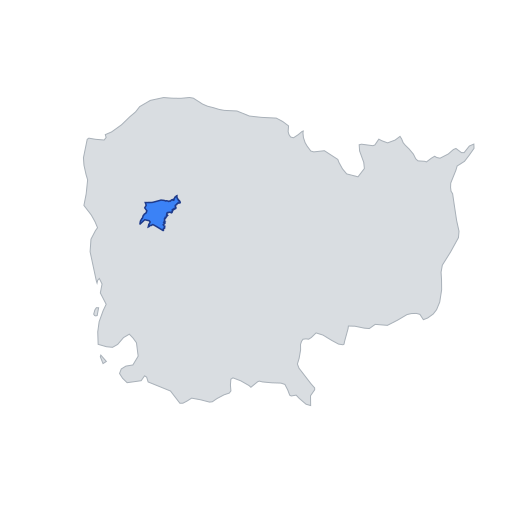 location of Moung Ruessei, Batdâmbâng, Cambodia, rotated 14°
{"feature_id": "14789045B86476324450115", "entity_name": "Moung Ruessei", "entity_type": "district", "adm_level": 2, "iso_a3": "KHM", "parent_name": "Cambodia", "parent_adm1": "Batdâmbâng", "projection": "albers", "projection_center": [103.606, 12.852], "detail": "fine", "context": "in_parent", "style": "filled", "palette": "blue", "viewbox_px": 512, "rotation_deg": 14, "n_neighbors": 0, "source": "geoboundaries", "source_scale": "gbopen_adm2", "svg_char_len": 6989}
<svg xmlns="http://www.w3.org/2000/svg" viewBox="0 0 512 512"><g transform="rotate(14 256 256)"><path d="M440.3,94.7L441.5,98.8L438.5,106.6L435.4,113.7L429.4,120.0L429.2,124.5L427.3,138.1L428.2,142.4L429.6,146.0L431.7,148.0L437.1,161.1L442.1,173.1L447.0,182.9L448.0,189.2L443.8,205.1L439.0,219.8L439.5,227.0L441.8,234.3L444.3,243.9L445.4,256.3L444.2,264.4L442.0,269.4L437.6,274.6L433.8,277.3L429.2,273.0L425.5,272.9L420.6,274.3L416.7,276.3L408.9,284.0L400.3,291.5L388.2,293.5L383.5,299.0L378.5,299.8L368.9,300.2L362.6,301.6L362.9,304.3L362.6,317.2L362.7,320.3L361.8,321.1L357.4,321.5L350.0,319.6L340.0,316.5L332.9,316.1L329.4,321.7L327.2,324.0L324.5,324.3L321.7,325.4L320.8,327.9L320.6,331.0L322.0,336.4L322.6,345.0L322.3,350.8L324.9,354.5L340.3,366.7L344.8,369.8L345.3,371.6L342.7,378.4L345.2,387.9L340.4,387.7L332.4,383.7L328.6,381.3L324.0,383.3L322.4,382.9L319.2,378.3L315.1,373.6L310.9,373.3L302.0,375.2L292.9,376.6L289.5,376.6L288.1,377.5L282.8,384.6L280.6,383.4L271.4,380.8L263.1,379.8L261.4,381.6L262.4,387.4L264.3,393.0L263.2,395.5L258.6,398.4L252.6,403.8L248.9,408.0L246.3,409.0L237.1,408.9L227.9,409.5L224.2,413.4L220.7,416.5L217.8,417.3L205.7,407.7L181.8,404.3L179.2,400.0L176.9,399.2L174.7,404.8L161.6,410.1L156.1,406.9L152.0,403.0L152.6,398.2L156.4,394.3L162.9,391.5L165.9,381.7L161.0,369.1L156.6,365.4L152.0,362.5L147.2,367.2L143.2,375.2L138.9,379.3L132.9,380.2L124.2,379.9L120.8,367.9L119.7,357.7L120.9,346.0L122.3,339.1L113.9,329.5L113.4,320.4L109.4,315.7L108.2,318.0L108.3,320.7L107.1,318.8L94.0,292.0L91.8,279.6L94.1,270.1L95.4,266.9L91.6,261.8L86.3,256.1L76.8,248.6L76.2,236.8L74.2,222.8L71.4,218.1L67.1,209.5L64.8,202.4L64.0,183.6L65.3,182.1L72.0,181.6L80.6,180.2L81.9,177.2L80.4,174.7L85.9,170.5L93.8,161.2L99.9,151.4L104.3,145.3L107.0,139.2L115.8,130.6L128.0,124.6L136.3,123.2L144.9,121.2L153.1,118.3L157.0,118.0L167.3,121.5L172.8,122.4L178.6,122.4L184.6,122.7L189.9,122.4L202.4,119.9L215.7,121.8L227.6,120.2L242.3,117.3L249.5,119.1L256.1,121.9L257.1,127.6L258.6,130.2L260.8,132.2L263.8,132.2L267.5,128.2L270.6,124.0L271.6,123.3L271.8,125.3L273.4,129.7L276.2,134.1L279.0,137.0L283.8,140.9L286.9,141.0L296.9,137.3L312.0,142.5L313.8,145.1L318.8,150.5L324.1,154.4L335.8,154.5L340.0,144.9L337.9,139.1L331.1,129.0L329.2,123.1L331.3,122.0L342.7,120.7L344.5,119.5L346.9,112.9L350.0,113.7L356.3,114.4L362.9,109.9L366.8,105.1L369.0,107.2L371.4,110.5L374.0,112.4L378.8,115.2L384.1,119.1L387.4,123.0L390.1,124.5L396.8,123.3L398.6,123.5L402.5,118.7L405.2,116.0L407.5,116.7L410.9,116.6L417.9,110.5L421.8,104.9L424.0,103.3L430.3,106.0L432.9,105.4L436.4,97.7L440.3,94.7ZM116.3,352.2L115.0,352.9L113.8,352.8L112.6,351.7L112.7,347.4L113.6,344.8L115.8,344.3L116.3,352.2ZM136.3,394.5L133.6,397.4L129.3,391.4L129.4,389.7L136.3,394.5Z" fill="#d9dde1" stroke="#a8b0b8" stroke-width="1"/><path d="M167.3,223.5L167.8,223.2L168.2,223.4L168.3,223.3L168.5,223.2L169.0,223.0L169.3,223.0L169.4,222.7L169.5,222.4L169.5,222.1L169.1,221.8L168.9,221.7L168.8,221.4L168.3,221.2L168.0,221.1L167.8,221.1L167.6,221.2L167.4,221.1L167.4,220.9L167.2,220.5L166.8,220.4L167.2,220.3L167.0,220.2L166.6,219.7L166.4,219.7L166.6,220.0L166.2,219.7L165.7,218.9L165.5,218.7L165.4,218.7L165.1,218.0L164.9,217.7L164.7,216.6L164.4,216.8L164.1,217.1L164.0,217.5L163.7,217.9L163.7,218.1L163.6,218.3L163.2,218.4L163.2,218.5L162.8,219.9L162.9,220.5L162.8,220.9L162.7,221.0L162.8,221.3L162.8,221.6L162.7,221.8L162.3,221.7L162.1,221.7L161.9,221.9L161.5,221.8L161.5,221.6L161.4,221.7L161.2,221.6L161.0,221.8L160.8,222.0L160.5,222.2L160.4,222.1L160.2,222.3L160.1,222.6L160.0,222.8L159.9,223.0L159.5,223.6L159.4,223.6L159.2,223.5L158.7,223.6L158.2,224.2L157.8,224.1L157.7,224.0L157.4,224.0L156.9,224.0L156.4,224.0L156.2,224.0L155.9,224.0L155.4,224.3L155.0,224.5L154.7,224.4L153.9,224.3L153.3,224.3L151.9,224.5L150.3,224.7L149.5,225.2L143.2,228.7L142.1,229.2L139.6,229.9L135.6,230.9L137.2,233.3L136.4,236.2L139.2,238.6L139.1,238.8L139.1,239.0L139.0,239.4L139.0,239.5L139.1,239.8L139.0,240.0L138.9,240.3L139.0,240.5L138.8,240.8L138.7,241.1L138.6,241.4L138.5,241.5L138.1,241.7L137.7,242.2L137.5,242.5L137.3,242.7L137.3,243.0L137.3,243.3L137.2,243.4L137.0,243.7L136.8,243.9L136.7,245.3L136.7,246.5L136.6,247.0L136.2,247.2L136.1,247.3L136.1,247.5L136.1,247.8L136.0,248.3L135.9,248.5L136.0,248.6L135.9,248.7L135.9,248.8L135.7,249.1L135.5,249.3L135.5,249.5L135.5,249.8L135.4,250.2L135.4,250.5L135.5,250.9L135.5,251.1L135.7,251.4L135.5,251.8L135.6,252.1L135.6,252.4L135.7,252.6L135.6,253.0L135.5,253.5L139.3,247.7L141.9,247.7L143.7,247.6L143.8,247.6L144.5,248.1L144.9,248.4L145.1,248.7L144.6,250.6L144.3,251.3L144.4,252.9L144.4,253.9L145.0,253.4L145.4,253.0L145.4,252.8L145.5,252.6L145.6,252.2L146.0,251.9L146.4,251.9L146.9,251.8L147.2,251.5L147.5,251.3L147.6,250.9L148.3,250.4L151.7,251.3L159.7,253.8L159.8,253.7L160.0,253.5L160.0,253.4L159.9,253.3L159.9,253.2L159.6,253.0L159.5,252.9L159.5,252.7L159.6,252.4L159.7,252.2L159.6,251.8L159.9,251.7L159.9,251.4L160.0,251.4L160.3,251.3L160.4,251.2L160.5,251.1L160.6,250.9L160.3,250.6L160.4,250.4L160.3,249.9L160.3,249.7L160.2,249.6L160.3,249.5L160.3,249.4L160.3,249.2L160.2,249.2L159.9,249.1L160.0,249.2L160.0,249.3L159.9,249.3L159.8,249.2L159.7,249.2L158.4,248.2L159.6,246.6L159.7,246.4L159.5,246.2L159.5,245.8L159.4,245.9L159.5,245.9L159.3,245.9L159.2,245.9L159.2,245.7L159.3,245.7L159.2,245.3L158.9,245.3L159.0,245.2L158.8,245.2L158.7,245.0L158.7,244.9L158.9,244.8L158.6,244.7L158.7,244.4L158.8,244.4L158.8,244.1L158.7,244.0L158.8,243.8L158.7,243.7L158.6,243.8L158.6,243.7L158.6,243.2L158.4,242.9L158.5,242.7L158.6,242.4L158.6,242.1L158.4,241.9L158.5,241.8L158.6,241.7L158.4,241.6L158.6,241.4L158.6,241.2L158.8,241.1L158.7,241.0L158.6,240.7L158.8,240.7L158.9,240.4L159.0,240.3L159.1,240.2L159.2,240.3L159.3,240.3L159.5,240.0L159.5,239.9L159.4,239.9L159.5,239.6L159.7,239.4L159.5,239.1L159.7,238.9L159.6,238.7L159.9,238.7L160.1,238.4L160.2,238.2L160.4,238.0L160.2,237.9L160.1,237.6L159.6,237.4L159.3,237.4L159.3,237.2L159.3,236.9L159.2,236.8L159.2,236.7L159.2,236.4L159.3,236.4L159.4,236.2L159.4,235.9L159.4,235.7L159.5,235.7L159.7,235.3L159.9,235.3L159.9,235.2L160.1,235.1L160.2,234.9L160.4,234.9L160.5,234.9L160.8,234.9L161.1,234.6L161.3,234.5L161.5,234.5L161.6,234.4L162.0,234.3L162.5,234.3L162.8,234.3L162.9,234.5L163.0,234.5L163.1,234.3L163.3,234.2L163.6,234.4L163.7,234.2L163.8,234.0L163.8,233.9L164.0,233.9L164.0,233.7L164.0,233.4L164.1,233.1L163.9,232.9L164.0,232.8L164.0,232.7L164.2,232.2L163.9,231.9L164.1,231.8L164.1,231.7L164.4,231.4L164.5,231.3L164.4,231.3L164.2,231.2L164.4,231.1L164.3,230.9L164.5,230.7L164.3,230.6L164.5,230.4L164.7,230.2L164.8,230.1L165.0,230.0L165.1,229.7L165.7,229.5L165.8,229.6L166.0,229.4L166.5,229.5L166.6,229.2L166.7,228.9L166.7,228.7L166.5,228.3L166.5,228.1L166.4,228.0L166.3,227.9L166.1,227.9L165.9,227.9L165.7,227.4L165.7,227.2L165.5,226.9L165.7,226.7L165.6,226.1L166.1,225.7L166.3,225.5L166.6,225.3L166.6,224.6L166.7,224.4L167.0,224.3L167.1,224.2L167.2,223.8L167.2,223.7L167.3,223.5Z" fill="#3b82f6" stroke="#1e3a8a" stroke-width="1.5"/></g></svg>